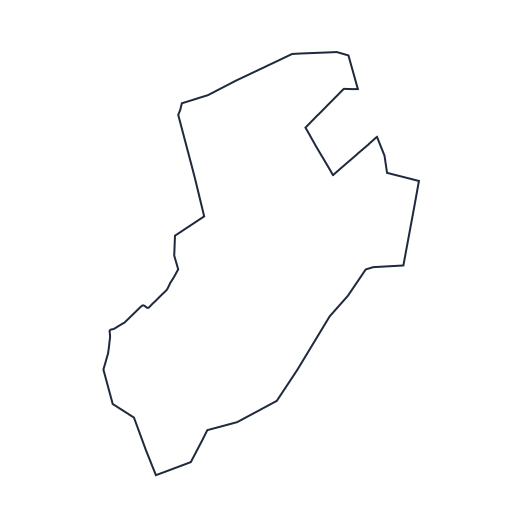 outline of Bayan, Töv, Mongolia, rotated 75°
{"feature_id": "93677404B58656077774503", "entity_name": "Bayan", "entity_type": "district", "adm_level": 2, "iso_a3": "MNG", "parent_name": "Mongolia", "parent_adm1": "Töv", "projection": "natural_earth1", "projection_center": [107.657, 47.138], "detail": "fine", "context": "isolated", "style": "outline", "palette": "slate", "viewbox_px": 512, "rotation_deg": 75, "n_neighbors": 0, "source": "geoboundaries", "source_scale": "gbopen_adm2", "svg_char_len": 2107}
<svg xmlns="http://www.w3.org/2000/svg" viewBox="0 0 512 512"><g transform="rotate(75 256 256)"><path d="M248.2,89.8L225.7,79.2L209.6,107.9L192.4,105.9L172.3,108.3L172.8,109.7L175.2,114.3L176.4,116.8L177.0,117.9L177.2,118.1L179.0,121.9L180.3,124.7L183.3,131.0L184.3,132.8L187.7,139.9L187.8,140.0L188.2,141.0L188.4,141.3L188.5,141.5L188.6,141.8L192.8,150.5L196.8,158.6L197.0,159.2L197.3,159.7L197.8,160.4L197.8,160.7L194.4,161.6L189.5,162.9L188.5,163.2L184.2,164.4L180.3,165.5L180.1,165.5L179.2,165.8L178.7,165.9L177.4,166.3L177.1,166.4L176.8,166.5L176.4,166.6L175.9,166.8L175.7,166.8L166.1,169.5L153.6,172.7L151.5,173.2L144.8,175.0L135.9,160.0L135.6,159.3L135.1,158.4L133.6,155.8L128.9,147.9L126.6,143.9L123.6,138.8L121.6,135.3L119.0,131.0L117.3,127.9L117.6,126.8L119.9,119.2L121.1,114.4L86.2,114.8L79.9,125.2L77.7,135.1L72.0,160.3L70.2,168.8L81.5,230.4L88.2,260.8L88.4,266.2L89.3,288.1L95.3,291.4L99.6,294.6L156.9,294.8L166.6,294.9L204.3,295.8L215.4,329.0L234.5,334.9L248.8,334.6L250.5,336.3L253.8,339.4L255.9,341.5L257.7,343.5L258.6,344.4L259.5,345.5L264.5,349.8L265.2,350.5L265.4,350.7L266.0,351.6L267.3,353.9L268.8,356.7L270.4,359.5L272.5,363.1L273.4,364.6L275.3,368.3L277.4,371.7L278.0,372.8L278.1,373.2L278.1,373.7L278.0,374.2L277.7,374.8L277.3,375.1L276.8,375.5L276.1,375.9L275.5,376.4L275.1,376.8L274.7,377.3L274.5,377.7L274.4,378.2L274.5,378.7L274.7,379.3L275.6,381.2L277.1,383.9L278.5,386.3L280.0,389.0L282.1,392.8L284.8,397.6L286.4,400.5L286.7,401.9L287.5,404.8L288.3,407.7L288.7,408.8L289.5,411.7L289.7,412.6L289.6,413.7L289.5,415.0L289.6,415.5L289.9,416.2L290.2,416.6L290.7,416.9L291.3,417.0L293.0,417.2L294.6,417.5L296.1,417.8L298.6,418.7L300.7,419.6L302.1,420.2L302.3,420.2L305.6,421.5L308.7,422.8L309.0,422.9L309.6,423.2L311.8,424.1L314.4,425.7L317.4,427.5L320.5,429.3L321.9,430.2L325.2,432.2L325.8,432.5L326.3,432.8L327.2,432.8L361.9,432.7L380.5,415.7L414.9,412.6L441.8,409.4L438.2,372.3L420.5,356.0L411.6,348.1L411.6,317.2L401.3,273.4L376.6,245.5L333.4,200.5L318.2,177.5L318.1,177.4L297.4,153.5L297.1,145.7L303.3,116.1L248.2,89.8Z" fill="none" stroke="#1e293b" stroke-width="2"/></g></svg>